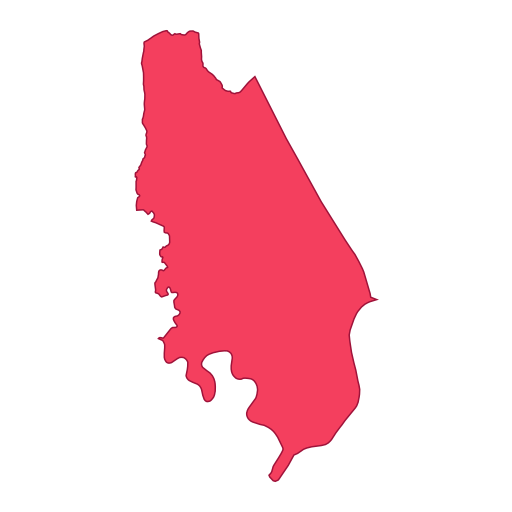 the district of Loc Ha, Ha Tinh, Vietnam
{"feature_id": "81297802B55071935880129", "entity_name": "Loc Ha", "entity_type": "district", "adm_level": 2, "iso_a3": "VNM", "parent_name": "Vietnam", "parent_adm1": "Ha Tinh", "projection": "equal_earth", "projection_center": [105.835, 18.467], "detail": "fine", "context": "isolated", "style": "filled", "palette": "rose", "viewbox_px": 512, "rotation_deg": 0, "n_neighbors": 0, "source": "geoboundaries", "source_scale": "gbopen_adm2", "svg_char_len": 6032}
<svg xmlns="http://www.w3.org/2000/svg" viewBox="0 0 512 512"><path d="M158.4,338.6L162.5,340.4L163.2,341.2L164.3,343.5L164.7,344.8L164.7,347.9L164.3,353.1L164.3,357.4L164.7,359.2L165.6,361.0L166.5,362.2L167.5,362.8L168.8,363.1L170.0,363.0L171.5,362.6L177.4,358.6L179.5,357.5L181.2,357.3L182.6,357.4L184.0,357.7L185.4,358.7L186.4,359.7L187.1,360.7L187.8,362.2L187.8,362.9L187.7,366.4L187.3,369.6L186.1,375.5L186.3,376.6L187.0,378.2L188.1,379.6L189.2,380.5L192.6,382.2L197.5,384.2L199.1,385.4L200.0,386.4L201.2,388.5L201.6,389.7L202.8,395.3L204.2,399.3L205.1,400.5L206.3,401.4L207.7,401.6L209.9,401.1L211.2,400.1L212.6,398.5L213.7,396.9L214.5,394.7L215.2,391.1L215.3,386.8L215.1,383.8L214.8,381.8L214.0,379.0L213.3,377.5L212.3,375.7L210.0,373.0L206.8,370.7L202.7,367.4L201.9,366.1L201.5,364.4L201.7,362.5L203.2,359.7L204.7,357.6L206.7,355.6L208.9,354.3L213.2,352.7L219.3,351.3L224.4,350.8L227.3,350.9L229.4,351.9L231.0,353.4L231.5,354.4L232.1,355.8L232.3,358.0L231.2,365.8L231.2,369.1L231.6,371.6L232.1,373.2L232.9,374.9L233.9,376.2L235.7,378.0L237.3,378.8L239.2,379.2L240.4,379.2L241.4,379.1L243.1,378.3L245.0,378.1L248.1,378.4L250.2,378.7L251.4,379.0L252.7,379.7L254.1,380.8L255.3,382.4L256.1,383.7L257.1,386.2L257.4,388.1L257.6,389.9L257.0,394.2L256.1,397.4L255.5,398.6L249.4,407.0L248.2,408.8L247.3,410.8L246.7,413.0L246.7,414.3L246.9,415.7L247.4,417.1L248.2,418.6L249.4,419.9L250.9,421.1L252.7,422.0L260.0,424.4L264.2,425.3L268.4,427.4L271.2,429.3L273.5,431.4L275.3,433.6L277.7,437.2L282.6,447.3L283.1,449.0L282.6,450.7L281.1,453.6L278.6,457.8L274.2,464.7L273.2,466.5L271.8,471.5L271.2,472.7L270.3,473.8L269.0,475.2L269.8,477.1L273.2,480.7L275.3,481.3L278.1,480.1L278.6,479.6L288.3,465.3L293.2,456.3L293.9,455.0L297.6,453.4L303.5,449.3L306.7,448.0L311.6,446.8L321.4,445.5L325.5,444.5L328.3,442.9L330.2,441.1L331.5,439.6L335.8,432.9L339.9,427.4L341.9,424.9L345.1,420.4L355.4,407.8L356.7,405.8L358.1,402.2L359.1,397.1L359.5,394.2L359.7,389.4L359.0,385.4L357.9,381.0L355.8,370.2L353.8,362.5L351.5,352.4L349.8,341.1L349.2,335.0L350.1,330.1L354.0,318.9L356.5,313.6L357.8,311.5L361.5,307.0L364.9,304.2L367.6,302.7L369.9,301.7L376.7,299.6L370.7,297.2L370.1,293.6L363.8,272.1L362.4,268.7L358.8,261.5L354.9,254.4L352.2,250.7L345.1,240.0L321.1,201.6L297.9,159.4L286.3,138.7L254.9,76.6L249.2,81.7L247.5,83.5L241.8,90.3L240.6,91.6L239.7,92.3L238.6,92.7L236.1,93.0L235.4,93.5L234.9,93.6L234.0,93.5L231.5,92.8L231.0,92.5L230.5,91.3L229.8,91.2L228.5,91.3L227.6,91.2L225.5,90.6L224.2,89.7L222.1,87.9L222.3,86.4L222.2,85.6L221.9,84.8L220.3,82.0L219.7,81.4L216.3,79.5L215.9,78.5L213.7,75.7L212.2,74.3L208.5,71.8L207.4,70.6L206.1,68.6L205.4,68.0L203.8,67.4L203.0,66.4L202.9,65.3L203.0,63.8L202.8,62.9L201.9,61.3L201.5,59.4L201.6,56.7L201.3,52.4L201.3,50.4L200.5,48.2L199.5,44.7L199.3,43.6L199.6,42.2L198.9,38.4L198.7,33.7L198.3,33.0L195.1,32.1L193.1,31.0L190.0,31.1L189.2,31.4L187.5,32.6L185.8,34.5L184.7,35.0L184.1,35.0L181.9,34.7L181.2,34.5L180.3,33.7L180.0,33.7L176.7,34.2L175.8,34.2L174.9,33.7L174.2,34.1L173.4,34.8L172.7,35.2L172.0,35.2L170.9,34.7L169.5,33.2L167.7,31.8L167.2,30.8L166.3,30.7L163.0,31.5L161.6,32.1L158.0,33.8L153.8,36.0L147.9,40.2L144.3,42.0L144.1,42.5L144.0,43.5L144.3,46.2L143.9,49.4L143.8,51.2L143.4,52.7L142.3,58.3L141.9,61.6L141.5,63.1L141.7,64.1L142.2,65.8L143.5,72.8L143.6,76.4L143.6,80.7L143.4,84.2L143.9,86.4L144.0,89.7L144.7,92.9L144.9,94.6L144.8,98.9L144.5,101.0L144.3,103.1L144.3,104.6L144.7,109.1L144.7,109.9L143.8,113.5L143.4,116.4L142.8,118.5L142.4,119.2L142.4,122.8L142.7,123.6L143.6,124.9L145.4,127.9L146.8,130.8L146.9,131.4L146.7,132.5L146.6,133.1L146.1,134.2L146.0,135.7L146.6,136.9L146.6,138.2L146.7,138.8L146.5,139.8L146.4,143.8L146.5,144.5L147.0,145.5L147.1,146.1L147.0,146.9L145.3,150.2L145.1,151.4L144.6,152.3L144.6,152.8L145.3,154.5L145.4,154.9L145.3,155.4L144.9,155.9L144.7,157.3L144.3,157.8L143.0,158.9L142.7,160.5L142.2,161.3L141.7,162.3L140.8,165.0L139.1,167.2L138.9,167.8L139.3,168.6L139.2,169.4L138.3,170.1L137.5,171.1L136.9,172.2L136.5,172.5L135.9,172.6L135.6,172.8L135.3,173.9L135.4,175.5L135.3,176.8L135.6,177.0L136.1,176.7L136.4,176.8L136.8,177.5L136.5,180.6L136.1,181.2L136.1,187.5L136.0,189.9L137.1,193.2L137.7,194.1L139.3,194.9L139.6,195.4L139.7,195.8L139.4,196.5L137.7,197.7L136.7,201.5L136.3,205.4L136.7,210.2L143.2,209.8L143.7,210.0L144.7,211.0L145.7,211.8L148.0,214.3L149.6,213.3L150.4,211.8L151.4,211.2L151.9,211.1L153.6,212.9L154.3,214.4L154.4,215.1L154.1,217.6L153.5,218.5L151.8,220.0L151.3,221.1L152.9,221.8L155.7,222.7L163.5,226.2L164.3,227.1L164.1,230.9L164.3,232.2L165.4,232.8L167.6,233.1L168.3,233.7L169.3,235.4L169.5,236.0L169.7,242.0L169.6,242.8L169.0,244.2L167.7,245.4L166.4,245.9L165.1,247.2L164.2,247.3L163.1,247.0L162.5,248.2L161.6,249.4L160.0,250.0L159.9,250.5L159.7,253.2L159.8,254.7L160.6,256.1L161.3,256.9L162.4,256.8L162.8,257.2L162.8,257.6L162.1,259.8L162.0,262.0L162.3,262.3L163.9,262.3L164.5,262.6L167.4,266.4L167.6,267.1L167.6,267.5L167.0,267.6L165.9,268.2L164.4,270.1L163.8,270.6L163.2,270.7L161.9,270.0L160.7,269.9L159.7,270.2L159.0,270.9L158.6,272.1L158.5,274.3L157.9,277.8L156.4,280.5L156.0,281.6L155.1,282.6L154.9,283.2L155.0,284.9L155.6,289.6L155.6,290.7L155.3,292.0L155.7,292.8L157.7,293.4L158.8,294.0L160.5,296.2L161.5,296.9L162.1,296.8L165.4,295.6L167.6,295.0L168.1,294.5L168.1,293.8L167.8,293.2L166.7,291.5L166.5,290.8L166.4,290.0L166.5,289.5L167.3,288.1L168.2,287.1L168.8,287.0L169.5,287.4L170.0,288.1L170.4,289.0L171.2,291.9L171.8,292.5L173.3,292.5L174.9,292.3L176.1,292.4L177.3,293.0L177.6,293.5L177.8,294.1L177.7,295.5L177.5,296.0L177.0,296.9L174.5,299.6L173.9,300.6L173.9,302.1L174.5,305.6L174.7,307.3L175.3,308.3L175.9,309.0L178.8,310.2L179.6,311.0L180.0,311.6L180.1,312.0L180.0,313.0L179.4,314.2L178.7,315.0L177.8,315.7L177.1,316.0L175.1,316.4L174.3,316.9L173.6,317.5L173.4,318.1L173.4,319.3L173.9,320.6L175.0,322.6L177.1,325.5L177.2,326.1L176.8,326.8L176.4,327.1L175.8,327.4L172.7,327.5L171.6,328.1L170.8,328.8L163.5,338.0L162.7,338.1L160.8,337.6L159.7,337.6L158.9,338.0L158.4,338.6Z" fill="#f43f5e" stroke="#9f1239" stroke-width="1.5"/></svg>